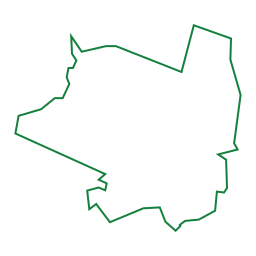 the district of Juba, Central Equatoria, South Sudan
{"feature_id": "79223893B61077901252755", "entity_name": "Juba", "entity_type": "district", "adm_level": 2, "iso_a3": "SSD", "parent_name": "South Sudan", "parent_adm1": "Central Equatoria", "projection": "orthographic", "projection_center": [31.407, 4.711], "detail": "fine", "context": "isolated", "style": "outline", "palette": "green", "viewbox_px": 256, "rotation_deg": 0, "n_neighbors": 0, "source": "geoboundaries", "source_scale": "gbopen_adm2", "svg_char_len": 668}
<svg xmlns="http://www.w3.org/2000/svg" viewBox="0 0 256 256"><path d="M180.3,226.1L179.8,224.9L185.1,220.9L198.8,219.6L215.1,210.7L216.9,191.6L224.0,192.5L227.0,188.1L226.6,174.5L226.1,159.7L218.2,154.4L237.6,149.5L236.1,146.8L234.1,143.3L240.6,95.0L230.4,59.6L231.0,38.5L193.8,25.3L181.5,72.0L115.8,46.1L106.1,46.1L81.7,51.7L71.2,36.2L72.0,53.8L76.4,60.5L72.9,68.0L68.5,68.0L66.7,77.3L69.3,84.0L62.7,98.1L54.8,98.1L41.1,109.2L18.6,115.8L15.4,133.5L105.2,174.1L98.7,179.7L106.7,183.4L105.2,190.3L98.6,187.5L87.2,190.6L89.3,209.2L96.2,204.0L109.9,222.2L143.3,208.3L159.8,207.4L165.4,221.7L175.6,230.7L180.3,226.1Z" fill="none" stroke="#15803d" stroke-width="2"/></svg>